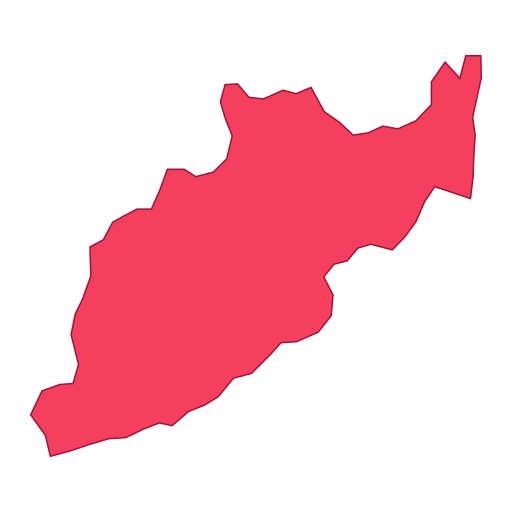 Rio Grande da Serra, São Paulo, Brazil
{"feature_id": "56859067B81841601254285", "entity_name": "Rio Grande da Serra", "entity_type": "district", "adm_level": 2, "iso_a3": "BRA", "parent_name": "Brazil", "parent_adm1": "São Paulo", "projection": "equal_earth", "projection_center": [-46.376, -23.738], "detail": "fine", "context": "isolated", "style": "filled", "palette": "rose", "viewbox_px": 512, "rotation_deg": 0, "n_neighbors": 0, "source": "geoboundaries", "source_scale": "gbopen_adm2", "svg_char_len": 1099}
<svg xmlns="http://www.w3.org/2000/svg" viewBox="0 0 512 512"><path d="M30.7,414.8L45.4,435.5L50.4,456.3L69.8,451.0L90.8,444.0L108.9,438.7L125.7,437.6L143.3,429.2L159.3,422.9L172.1,425.7L188.4,411.6L204.9,404.9L218.1,396.8L233.5,378.2L251.6,373.3L270.3,354.6L281.0,342.7L296.8,341.6L318.3,332.1L331.2,315.6L333.0,294.9L323.8,276.9L333.8,264.3L347.2,260.8L357.9,248.1L370.8,244.2L392.3,249.9L404.6,237.2L415.9,221.7L424.8,201.3L434.8,186.6L453.4,192.9L470.5,198.5L473.1,176.7L473.9,154.2L475.2,135.2L472.6,117.3L477.3,96.2L481.3,77.5L480.8,55.7L465.8,55.7L459.8,78.3L445.1,62.1L431.4,81.8L431.4,104.6L415.9,120.8L397.8,128.9L382.9,126.1L368.2,132.8L353.2,135.2L339.8,122.6L324.3,111.7L311.0,87.4L296.0,93.7L283.1,90.2L263.2,99.0L248.8,97.2L237.5,83.9L225.1,84.6L220.4,101.8L225.1,118.0L232.2,135.9L226.7,158.8L213.3,172.1L195.8,176.7L184.2,169.3L167.4,169.3L159.8,190.1L151.4,209.1L137.0,209.1L124.9,215.4L112.8,222.1L103.4,239.7L90.0,247.0L90.8,276.2L82.4,299.4L75.3,313.9L71.1,334.6L78.5,364.5L73.0,383.5L59.8,384.5L42.0,390.9L30.7,414.8Z" fill="#f43f5e" stroke="#9f1239" stroke-width="1.5"/></svg>